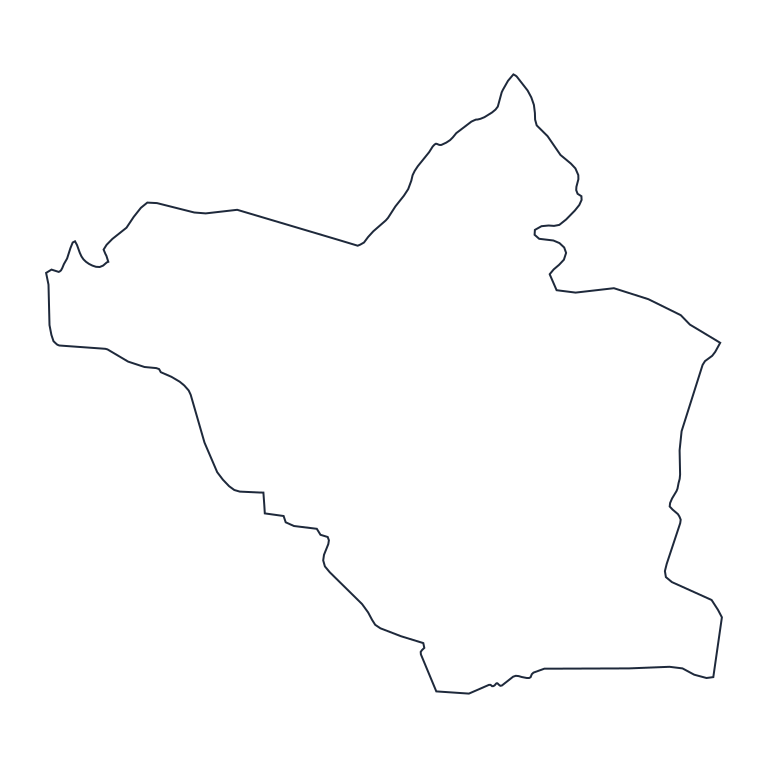 the border of Wasit
{"feature_id": "IRQ-3227", "entity_name": "Wasit", "entity_type": "Province", "adm_level": 1, "iso_a3": "IRQ", "parent_name": "Iraq", "parent_adm1": "", "projection": "natural_earth1", "projection_center": [45.642, 32.719], "detail": "fine", "context": "isolated", "style": "outline", "palette": "slate", "viewbox_px": 768, "rotation_deg": 0, "n_neighbors": 0, "source": "natural_earth", "source_scale": "10m", "svg_char_len": 2850}
<svg xmlns="http://www.w3.org/2000/svg" viewBox="0 0 768 768"><path d="M513.4,74.4L514.7,75.1L515.7,75.7L516.7,76.5L527.6,90.5L531.3,97.4L533.9,104.9L534.9,113.0L535.1,119.6L536.7,125.4L547.6,136.2L560.5,155.0L570.9,163.6L575.4,168.4L578.3,175.1L578.4,179.2L576.4,186.8L576.2,190.1L577.6,193.8L581.4,196.2L581.6,199.9L579.3,205.0L574.8,210.6L566.1,219.5L559.3,224.9L554.0,225.9L548.6,225.5L541.5,226.2L534.9,229.9L534.6,234.8L539.2,238.8L553.4,240.5L559.5,243.1L564.2,247.5L566.1,252.9L563.9,259.7L559.1,264.8L553.7,269.4L549.7,274.2L549.7,274.3L556.6,290.2L575.6,292.6L613.9,288.2L648.4,299.2L680.8,315.2L689.9,324.6L720.2,342.8L715.2,351.9L712.2,355.8L705.0,361.1L702.6,364.9L681.6,431.2L679.6,450.3L680.1,474.5L679.7,478.8L678.6,482.9L677.5,488.6L676.5,491.1L672.1,498.4L670.1,503.0L669.7,506.5L672.6,509.6L677.9,514.1L679.4,516.5L680.7,519.7L680.2,523.2L666.7,563.9L664.9,571.1L665.9,577.1L671.9,582.1L711.6,600.0L718.0,609.9L721.9,617.3L713.3,677.1L706.5,678.0L694.2,674.7L682.5,668.4L669.5,666.8L628.9,668.4L544.3,668.7L533.5,672.6L531.8,674.2L530.6,677.2L529.1,678.0L526.8,678.0L521.7,677.0L518.7,676.1L515.8,675.8L513.1,676.7L501.9,685.5L500.3,685.8L498.7,684.6L497.8,683.6L497.0,683.2L496.1,683.6L494.7,685.3L493.4,686.1L492.1,686.2L490.6,684.9L488.9,684.9L468.9,693.6L436.3,691.4L420.9,654.4L420.7,651.9L422.0,650.1L424.3,647.9L423.3,643.1L400.9,636.2L380.4,628.3L375.2,624.8L372.1,619.9L368.1,612.4L362.1,604.1L329.8,572.3L324.9,566.4L323.2,560.4L324.0,554.8L328.3,544.1L328.9,540.3L327.7,537.0L320.5,534.8L316.8,528.8L293.9,526.0L285.7,522.3L283.6,516.0L264.8,513.4L264.3,505.1L263.4,492.6L259.2,492.5L239.8,491.6L234.3,490.0L229.1,486.2L222.9,479.7L217.2,472.2L204.5,442.6L190.7,394.8L188.7,390.5L184.3,385.5L179.7,381.7L171.4,376.8L160.8,372.2L159.1,369.1L156.3,368.1L144.5,367.0L128.1,361.6L107.5,349.4L105.3,348.8L59.3,345.5L57.3,344.7L55.8,343.4L53.5,341.2L51.4,334.9L49.5,325.1L48.5,284.7L46.1,272.9L51.5,269.6L58.7,271.9L59.6,271.5L61.0,270.4L62.3,268.0L63.9,264.1L67.1,258.5L70.4,248.2L72.7,242.5L75.0,241.3L77.0,245.0L79.8,252.8L81.5,256.5L83.5,259.4L86.0,261.8L89.0,263.9L92.4,265.6L96.0,266.8L99.7,267.0L103.1,265.6L106.8,262.4L108.3,261.8L106.4,255.8L105.4,253.9L103.6,249.6L106.6,244.8L112.4,238.9L126.5,227.7L133.7,216.9L140.9,207.8L147.3,202.6L157.0,203.1L194.3,212.5L205.7,213.4L237.2,209.8L338.8,240.0L357.7,245.7L360.3,244.6L364.0,242.5L368.1,237.0L373.3,231.3L385.8,220.4L388.0,217.9L395.4,206.4L403.9,195.7L408.2,189.1L411.3,180.7L412.6,175.2L414.7,170.9L417.8,166.2L429.1,152.2L432.7,146.5L434.6,144.5L436.0,143.7L437.4,144.1L438.7,144.7L440.0,145.0L441.4,144.9L446.3,142.6L450.1,140.1L452.8,137.4L456.3,133.1L471.4,121.6L474.0,120.4L475.9,119.6L477.7,119.5L480.5,118.8L484.4,117.2L492.0,112.5L495.5,109.6L497.8,106.6L501.7,92.3L502.9,89.8L508.0,80.8L513.4,74.4Z" fill="none" stroke="#1e293b" stroke-width="2"/></svg>